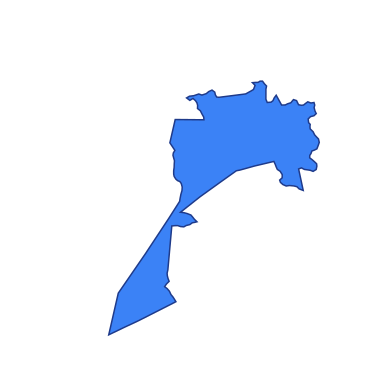 Baturité, Ceará, Brazil (Albers equal-area conic projection), rotated 54°
{"feature_id": "56859067B81939752180598", "entity_name": "Baturité", "entity_type": "district", "adm_level": 2, "iso_a3": "BRA", "parent_name": "Brazil", "parent_adm1": "Ceará", "projection": "albers", "projection_center": [-38.851, -4.425], "detail": "fine", "context": "isolated", "style": "filled", "palette": "blue", "viewbox_px": 384, "rotation_deg": 54, "n_neighbors": 0, "source": "geoboundaries", "source_scale": "gbopen_adm2", "svg_char_len": 2168}
<svg xmlns="http://www.w3.org/2000/svg" viewBox="0 0 384 384"><g transform="rotate(54 192 192)"><path d="M256.1,101.1L236.0,92.2L236.8,89.3L239.8,87.8L242.3,85.2L243.9,83.6L246.5,81.9L246.8,78.3L244.5,75.8L242.4,74.6L239.6,75.1L236.5,75.8L233.5,76.7L231.6,75.2L230.8,73.1L229.3,70.9L230.0,68.5L230.5,65.6L228.7,62.8L226.7,59.9L223.4,58.5L220.6,58.9L217.8,59.2L214.4,58.6L210.4,59.3L208.4,58.1L206.7,56.6L204.5,56.9L201.2,55.1L200.7,51.8L202.0,48.5L201.6,45.4L198.8,44.9L195.5,43.6L193.8,41.6L191.3,40.7L189.9,43.5L187.1,45.3L187.1,48.3L187.2,50.7L186.1,52.6L184.0,54.5L179.5,53.7L176.9,55.6L177.9,59.6L176.8,62.9L176.4,65.4L174.3,68.4L163.2,67.0L164.2,70.2L165.7,72.8L165.8,75.2L163.8,78.5L160.4,77.7L152.3,71.8L150.1,69.4L147.1,69.8L143.8,69.8L142.3,71.8L142.2,74.0L140.3,76.8L139.1,78.8L142.8,78.3L145.2,82.0L145.0,84.5L144.2,90.9L142.8,93.5L131.2,114.6L129.7,116.2L127.2,116.0L124.6,114.9L121.3,115.9L120.6,119.4L120.8,122.7L119.4,127.0L116.7,128.9L115.1,134.0L113.0,137.8L112.7,141.1L116.6,139.9L116.9,136.2L120.2,135.5L122.7,135.6L125.2,136.5L127.7,138.5L131.2,137.5L134.9,138.1L138.3,138.5L140.6,139.9L123.5,163.0L131.0,171.6L139.2,181.0L148.3,181.4L149.4,184.1L151.1,185.8L153.4,186.7L156.4,187.8L158.9,189.9L161.6,192.0L164.1,194.4L166.9,196.4L169.0,197.3L172.1,197.5L174.3,197.0L176.4,195.7L178.8,195.7L182.2,197.0L184.9,199.2L187.4,202.4L190.0,205.2L192.3,207.5L199.8,226.6L206.4,244.2L212.8,261.3L214.4,265.5L230.5,311.1L258.6,343.3L261.6,326.8L264.7,310.8L271.3,269.5L268.9,269.3L265.9,269.1L262.6,269.3L259.0,268.6L255.5,268.9L252.5,269.8L251.4,266.7L250.8,263.0L248.1,262.3L245.3,261.2L243.1,259.9L240.8,257.3L207.6,228.3L209.3,225.4L210.8,223.3L213.2,221.6L215.4,219.1L215.7,216.4L217.1,212.9L217.1,209.8L218.1,207.8L219.0,205.5L215.4,206.1L212.7,206.2L210.0,206.4L206.7,208.5L204.1,210.6L201.6,213.2L200.6,188.5L200.6,184.7L200.7,167.9L200.7,163.9L200.9,143.6L202.4,140.4L204.1,135.9L207.7,126.2L215.4,107.8L218.5,108.4L221.0,109.1L223.9,109.7L227.1,108.5L231.0,108.8L233.5,110.7L233.9,114.1L236.2,114.8L239.4,114.1L242.5,112.3L244.0,109.4L247.0,106.0L249.4,104.0L252.5,103.5L256.1,101.1Z" fill="#3b82f6" stroke="#1e3a8a" stroke-width="1.5"/></g></svg>